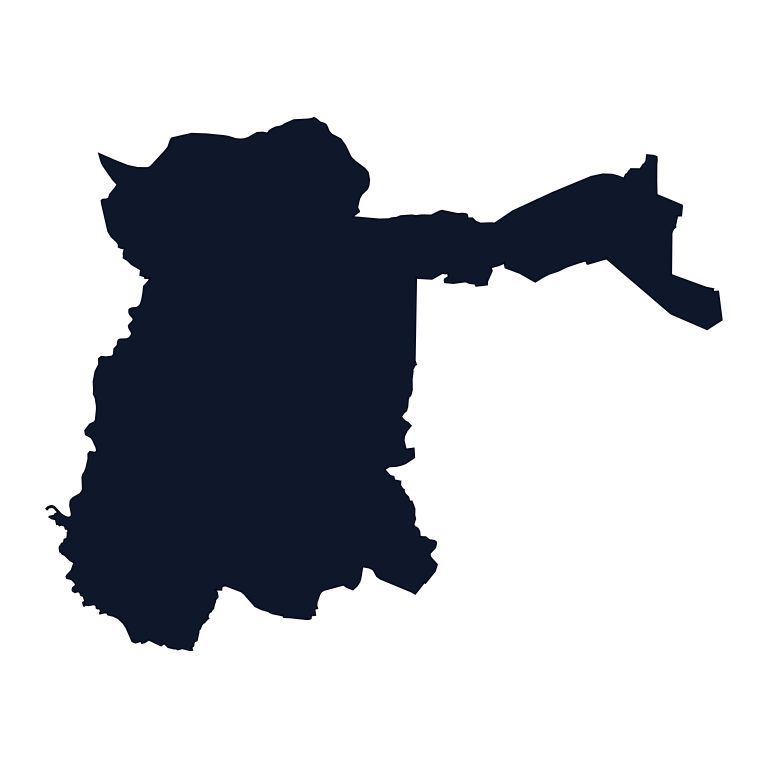 Mueang Chai Nat, Chai Nat, Thailand (orthographic projection)
{"feature_id": "78962969B26983912705039", "entity_name": "Mueang Chai Nat", "entity_type": "district", "adm_level": 2, "iso_a3": "THA", "parent_name": "Thailand", "parent_adm1": "Chai Nat", "projection": "orthographic", "projection_center": [100.119, 15.184], "detail": "fine", "context": "isolated", "style": "filled", "palette": "ink", "viewbox_px": 768, "rotation_deg": 0, "n_neighbors": 0, "source": "geoboundaries", "source_scale": "gbopen_adm2", "svg_char_len": 6015}
<svg xmlns="http://www.w3.org/2000/svg" viewBox="0 0 768 768"><path d="M141.9,643.2L144.7,642.5L148.8,639.8L161.0,645.7L163.1,644.1L164.7,643.9L168.1,647.3L174.6,648.8L175.9,648.5L177.5,649.6L182.3,648.4L189.7,650.3L192.3,650.1L191.7,647.5L193.6,645.8L193.8,643.1L194.7,641.5L196.9,640.6L198.7,632.2L198.8,630.0L200.2,628.9L201.5,625.3L203.0,623.3L204.8,622.4L205.1,621.4L206.5,620.4L206.9,619.4L208.7,618.5L208.0,617.2L208.0,615.3L209.3,612.6L211.1,611.6L212.3,609.4L213.5,608.5L214.1,604.9L215.4,601.5L215.4,599.8L217.9,597.1L217.2,592.5L215.3,589.8L221.6,589.9L221.6,587.1L223.6,586.0L224.7,585.9L225.0,585.4L241.3,591.6L244.3,594.1L255.0,606.3L261.7,609.5L269.1,611.6L269.6,612.4L273.0,613.7L283.2,615.7L283.6,617.2L290.8,617.6L306.6,619.3L309.0,619.2L310.8,618.6L311.4,615.5L315.4,615.2L314.6,609.0L317.4,608.4L316.6,605.6L316.8,602.6L319.7,594.1L321.4,591.6L324.0,590.1L343.4,584.9L347.0,587.3L352.9,589.6L356.8,586.1L359.4,582.2L360.6,578.6L362.6,566.6L369.1,567.7L372.6,569.3L373.8,570.7L376.7,576.1L380.4,578.9L411.6,591.8L415.2,594.0L424.4,582.3L425.4,583.1L435.1,571.1L437.1,564.5L431.0,557.7L430.1,555.9L429.9,554.3L430.3,552.9L435.4,547.7L436.3,543.3L436.1,541.9L434.6,540.7L429.6,540.0L425.7,537.0L421.1,536.8L420.0,536.3L419.5,531.5L418.2,528.9L416.6,527.4L414.5,526.8L414.5,525.9L413.3,525.7L415.4,518.8L414.5,514.9L414.7,508.9L411.9,501.3L409.6,501.4L408.4,497.1L405.1,493.8L403.9,491.1L404.1,489.7L402.5,488.8L400.3,485.1L400.6,481.3L394.5,480.2L393.6,476.6L390.2,475.7L384.6,469.5L389.5,466.5L396.8,466.1L402.1,464.7L405.7,463.3L414.4,457.5L413.9,448.3L405.9,449.3L403.8,440.1L404.4,436.0L406.9,430.8L411.0,425.8L407.8,422.4L405.4,421.3L403.2,419.3L401.3,416.5L404.1,412.6L406.3,410.9L407.5,406.9L408.1,399.3L409.3,396.0L410.2,396.0L411.0,394.2L412.1,389.8L411.9,379.4L412.9,370.8L412.5,369.9L414.8,365.5L416.2,364.5L414.9,360.6L416.3,278.1L432.1,279.0L442.4,273.1L445.4,273.7L447.8,273.3L448.5,276.3L448.0,277.1L444.8,279.0L444.4,280.3L444.9,282.4L453.5,283.2L464.7,281.7L465.0,281.3L469.5,283.2L475.6,284.0L475.6,285.6L476.2,286.0L487.2,284.7L487.3,280.5L487.7,280.6L492.0,270.8L490.9,267.5L498.5,265.5L503.0,263.6L504.3,262.5L505.3,267.7L519.9,273.1L535.3,281.9L541.9,277.7L549.0,274.0L558.4,270.9L566.5,266.9L578.2,262.9L585.3,260.8L586.2,261.4L587.2,263.9L587.7,264.1L606.5,258.6L671.0,313.8L707.1,329.4L721.9,319.9L718.3,291.3L713.4,291.7L713.1,289.5L713.4,288.9L706.2,287.5L671.3,274.8L671.7,233.0L673.1,229.3L675.6,227.1L675.4,225.5L677.4,215.8L681.3,215.7L682.3,206.0L682.0,205.2L656.8,194.7L656.5,181.4L656.6,164.5L657.0,160.1L656.8,156.8L653.8,155.6L646.8,154.9L646.2,160.7L644.5,164.0L643.3,164.3L640.2,169.0L630.7,168.9L629.9,170.3L628.8,171.1L627.4,173.7L625.8,174.3L624.0,178.4L617.8,176.0L612.2,174.5L602.8,174.2L591.1,176.7L552.5,192.7L512.9,211.0L494.7,223.3L490.8,223.0L480.5,223.4L475.6,221.4L472.3,218.1L467.8,218.3L467.2,214.6L466.5,214.1L463.0,213.5L457.5,213.8L442.1,210.6L439.4,211.3L431.3,215.3L421.8,215.1L415.8,215.9L412.1,215.2L400.5,216.0L396.6,217.6L391.5,218.1L389.1,219.0L379.7,219.3L353.2,217.0L354.0,215.5L359.2,211.7L359.1,210.8L357.7,208.3L357.5,206.8L359.4,198.6L361.6,194.4L367.1,189.2L368.7,185.7L369.4,179.9L368.0,172.5L364.9,168.7L355.2,161.3L351.8,158.1L350.4,156.2L345.3,145.4L340.8,139.2L331.9,134.4L330.4,133.1L328.8,130.9L327.0,126.4L325.9,124.6L324.2,123.5L320.1,122.2L316.1,118.8L314.0,117.7L311.8,118.7L307.7,119.3L293.8,120.0L284.5,124.1L282.6,125.6L279.8,126.5L275.9,127.1L273.1,128.4L269.4,130.6L267.5,133.3L262.6,132.4L257.1,132.7L248.1,137.8L244.2,139.0L240.4,139.3L235.9,138.9L228.3,136.6L223.6,135.8L205.8,134.1L191.5,133.6L172.3,138.0L171.7,138.1L170.5,140.1L168.0,147.2L165.1,150.9L151.3,165.8L149.9,167.0L147.4,167.9L137.6,167.8L127.7,165.7L114.3,160.4L98.9,153.6L101.2,161.7L102.7,165.1L112.7,179.5L117.3,184.5L115.1,188.0L110.0,194.2L108.7,198.2L106.4,199.3L102.8,199.4L101.4,200.5L101.7,203.4L108.1,231.4L111.4,236.8L117.7,242.7L118.6,244.9L118.5,247.0L121.8,248.4L124.5,248.4L123.3,254.1L123.7,255.2L123.4,257.8L127.6,260.4L131.6,264.4L140.1,269.3L140.7,270.2L140.1,275.2L145.3,276.7L144.7,277.9L144.9,278.2L148.1,278.3L149.0,277.8L149.8,278.5L148.5,281.2L143.8,286.2L143.2,292.4L141.9,299.8L140.5,304.3L139.3,305.8L137.1,307.5L131.4,308.2L130.0,308.8L129.0,310.0L129.1,313.0L130.2,315.0L132.9,317.9L133.4,319.5L132.6,321.3L129.2,324.7L128.6,325.9L128.9,327.8L131.8,332.9L131.6,334.5L130.2,336.8L129.2,337.9L126.8,339.0L119.7,339.3L118.7,339.8L118.0,341.1L117.3,345.5L114.1,348.8L113.7,354.2L112.4,356.3L106.2,357.1L101.2,356.6L98.8,358.7L98.9,364.5L95.3,371.4L93.4,381.7L93.8,390.1L93.5,393.9L95.4,397.9L96.6,405.6L96.7,409.1L95.6,419.9L94.3,422.1L89.8,424.2L85.0,430.5L85.7,434.6L90.9,437.4L92.6,439.6L96.2,447.6L96.9,450.5L96.0,451.9L94.9,452.5L90.0,451.7L88.1,453.8L88.2,458.9L86.2,467.8L84.5,472.2L82.9,474.6L82.2,477.2L82.6,487.7L82.4,490.6L80.1,493.7L73.0,497.8L71.3,499.5L70.3,501.2L69.9,505.6L71.5,513.6L71.3,515.9L70.5,516.8L69.1,517.4L67.2,517.3L65.2,516.6L61.1,514.0L54.4,506.7L52.4,505.8L50.5,505.9L47.8,506.9L46.1,508.7L47.1,509.7L48.9,507.7L52.1,507.3L54.0,508.0L57.6,512.0L57.4,512.4L56.3,513.5L55.1,513.8L53.9,515.7L50.1,516.2L49.1,517.0L51.6,518.6L55.7,519.5L56.7,524.3L57.7,524.1L59.6,525.6L61.3,524.9L64.1,525.7L64.8,526.5L65.5,529.0L67.3,529.0L67.7,530.0L68.7,530.7L67.4,532.7L67.5,534.6L66.9,538.6L64.3,539.3L63.6,542.7L61.6,543.5L60.5,545.7L59.5,546.7L59.3,548.2L59.9,551.5L60.2,552.0L61.2,552.1L62.3,554.1L64.5,555.0L70.3,560.6L74.1,562.7L71.3,570.7L67.4,574.6L66.2,576.7L66.9,578.3L71.3,579.3L74.0,581.8L75.6,583.9L75.3,585.6L72.8,587.7L72.3,589.8L72.6,591.0L74.9,592.4L77.6,591.6L79.2,591.9L79.9,592.5L80.9,595.3L83.4,596.2L84.8,600.8L84.6,601.5L82.8,602.5L83.7,605.9L84.4,606.0L85.6,605.0L88.9,605.4L93.2,604.5L94.8,604.7L96.1,605.8L96.5,608.2L97.4,608.7L99.3,608.6L100.0,609.2L100.7,611.3L99.8,612.8L100.0,613.7L104.1,612.7L106.8,612.8L108.1,614.8L113.3,616.0L118.5,618.6L123.4,623.4L126.2,627.7L132.2,641.4L135.4,642.8L140.8,641.2L141.9,643.2Z" fill="#0f172a" stroke="#020617" stroke-width="1.5"/></svg>